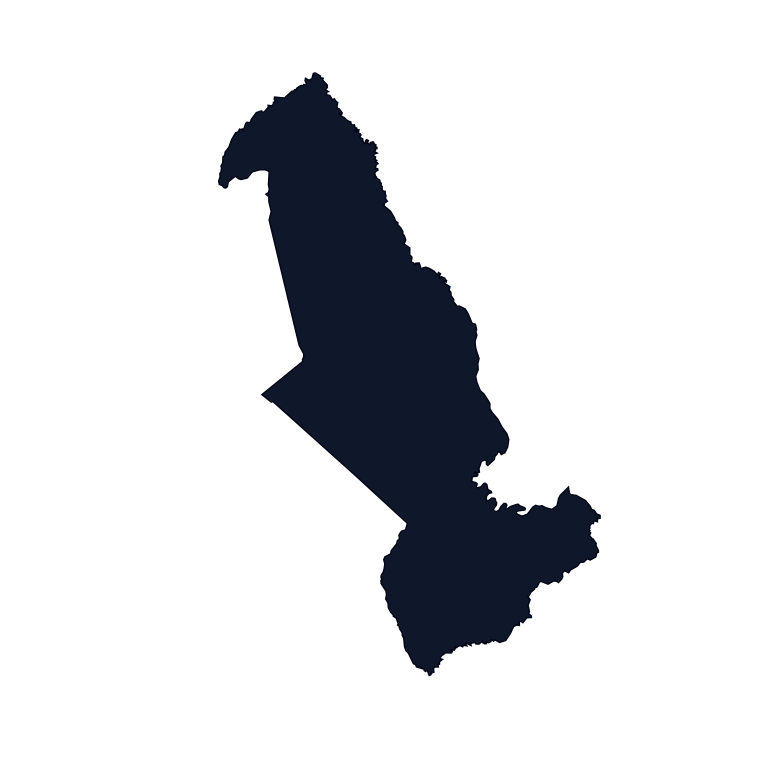 the district of Alto Araguaia, Mato Grosso, Brazil, rotated 309°
{"feature_id": "56859067B16833881564042", "entity_name": "Alto Araguaia", "entity_type": "district", "adm_level": 2, "iso_a3": "BRA", "parent_name": "Brazil", "parent_adm1": "Mato Grosso", "projection": "albers", "projection_center": [-53.413, -17.424], "detail": "fine", "context": "isolated", "style": "filled", "palette": "ink", "viewbox_px": 768, "rotation_deg": 309, "n_neighbors": 0, "source": "geoboundaries", "source_scale": "gbopen_adm2", "svg_char_len": 6172}
<svg xmlns="http://www.w3.org/2000/svg" viewBox="0 0 768 768"><g transform="rotate(309 384 384)"><path d="M415.7,636.4L417.9,634.6L416.8,630.9L418.0,627.1L417.2,624.0L418.7,621.4L420.2,614.0L418.4,603.6L415.6,598.9L415.6,597.0L419.9,592.3L408.4,591.0L405.0,591.7L398.3,595.1L392.3,593.5L389.6,587.7L388.9,583.5L386.6,581.6L385.1,578.2L381.8,577.1L373.0,577.4L368.2,574.5L366.8,570.2L366.8,568.5L367.8,567.3L369.2,567.6L374.8,572.7L376.0,572.4L376.3,571.0L374.7,565.7L375.1,564.3L374.3,563.2L368.4,559.4L364.0,558.2L363.3,557.0L367.2,555.7L367.7,554.0L366.7,552.4L362.6,552.0L357.8,552.8L355.7,551.7L354.6,549.8L355.5,547.8L360.7,547.4L362.9,546.0L363.1,544.5L364.7,542.8L364.5,541.2L363.0,539.5L359.6,538.8L357.9,537.3L359.2,535.4L361.9,534.1L365.0,534.4L367.2,536.0L367.9,534.9L367.4,530.9L370.6,527.2L370.5,524.9L369.4,524.2L364.8,524.0L361.9,521.8L362.3,520.3L365.1,519.2L365.1,517.3L363.4,513.5L367.5,510.9L370.9,514.3L372.5,514.1L371.9,510.4L373.3,510.3L373.7,512.8L375.5,513.6L378.0,511.0L385.3,508.4L388.8,510.4L388.8,511.8L386.1,514.3L386.1,515.9L394.7,517.2L397.6,515.7L400.8,516.0L402.8,515.4L404.1,516.6L403.0,519.5L406.7,521.2L412.9,519.7L419.3,515.9L422.6,510.9L425.0,502.1L428.2,494.8L430.0,485.5L431.5,481.7L435.2,478.8L436.4,476.2L439.1,468.0L439.4,462.9L443.8,455.0L447.7,450.3L454.5,448.1L458.8,444.1L463.5,441.9L468.9,433.6L472.1,430.0L474.5,427.9L480.4,425.4L482.5,422.4L484.6,421.7L487.9,417.4L486.7,414.6L487.1,413.3L491.5,405.3L493.4,399.8L492.1,393.7L490.4,392.1L491.7,386.1L493.5,385.1L494.9,380.5L497.4,378.2L497.9,375.3L501.0,374.1L500.3,366.9L501.6,366.2L502.4,368.2L503.8,367.5L503.6,366.2L504.5,364.6L503.4,360.9L501.2,360.6L502.0,359.4L505.2,358.5L504.9,356.2L502.9,357.0L501.6,356.3L502.6,355.5L503.1,352.0L502.7,348.4L501.5,348.0L502.5,347.0L501.1,343.0L498.7,341.2L497.2,341.7L497.0,340.3L500.0,335.5L498.7,335.2L497.9,334.1L499.1,334.0L497.7,332.6L496.2,332.7L496.7,331.1L496.0,328.3L500.2,325.9L500.6,322.7L505.9,318.4L505.4,311.4L509.6,310.3L512.0,306.5L512.6,303.8L514.2,302.9L515.8,299.0L516.4,294.3L518.0,293.4L517.9,290.1L519.7,287.5L522.4,280.2L522.4,271.8L525.1,270.6L528.1,271.6L529.0,268.4L531.6,267.0L532.3,265.5L534.4,263.7L533.5,261.9L533.8,260.2L536.2,258.4L536.6,256.6L538.2,255.5L538.4,253.9L539.8,252.3L539.2,248.9L540.1,247.8L539.0,246.7L540.9,245.7L541.9,244.0L544.9,243.9L546.1,244.8L547.3,243.6L546.1,241.6L549.6,239.9L551.4,240.6L551.8,239.3L550.9,237.3L553.1,237.7L553.0,235.5L555.1,234.6L554.8,232.0L556.3,231.6L559.1,233.3L558.6,230.2L560.3,230.3L561.0,229.0L562.5,230.4L563.5,229.4L563.0,227.6L564.7,227.3L564.4,225.8L565.4,223.2L563.1,221.4L561.2,221.9L560.9,220.5L561.3,219.1L563.3,218.7L563.0,216.8L561.7,216.6L558.9,218.2L558.8,216.9L559.7,214.4L561.1,213.1L560.3,209.7L563.0,209.4L563.5,208.1L562.7,206.3L565.7,204.6L564.5,203.1L565.7,201.7L565.1,200.2L566.7,197.8L565.5,196.9L565.3,194.8L566.7,193.4L565.6,189.6L566.0,185.9L565.0,180.0L566.0,179.0L566.9,181.5L568.4,180.8L569.6,176.2L569.0,174.3L570.0,172.8L573.7,170.8L573.3,169.3L574.4,165.9L572.4,165.3L574.1,160.4L572.5,157.3L575.1,155.8L576.2,156.6L575.7,153.4L578.7,153.3L579.8,152.6L580.7,151.5L581.4,146.0L581.9,144.7L583.3,144.3L581.9,141.7L583.3,140.9L582.7,135.9L582.3,134.6L580.8,133.7L575.8,135.9L572.8,134.4L572.2,130.6L570.0,131.8L568.6,134.7L566.5,134.9L566.4,133.3L564.9,133.4L563.9,131.8L562.1,131.0L559.1,130.1L557.6,130.5L556.3,129.3L554.5,129.5L553.6,128.2L543.6,126.7L538.1,118.4L535.9,119.8L535.8,121.7L533.2,120.9L531.7,122.0L529.6,121.7L527.6,118.6L526.5,119.9L520.0,119.7L518.9,118.8L519.1,116.9L514.5,114.0L505.7,114.4L504.0,115.5L502.2,114.7L501.2,112.9L499.5,112.6L492.8,115.0L493.0,113.3L491.7,112.9L491.2,111.4L488.1,112.0L485.8,110.6L478.4,111.7L470.2,114.5L464.3,114.6L461.4,116.3L459.2,115.9L454.5,119.5L450.8,120.2L449.6,121.9L445.8,124.1L444.5,123.9L442.0,126.1L437.6,127.9L435.5,130.4L436.4,133.3L436.0,136.3L436.7,137.6L438.8,138.1L443.1,135.7L451.9,137.7L452.2,142.4L453.0,144.2L458.1,148.1L466.0,148.1L472.3,152.6L475.9,157.0L476.7,160.2L476.3,161.5L466.0,168.9L463.2,172.3L460.0,173.7L457.2,172.8L457.1,176.6L453.1,180.0L447.1,187.8L439.2,191.5L360.7,293.7L356.9,302.7L354.4,304.6L351.5,305.4L350.6,306.7L298.9,295.8L299.0,307.8L300.5,308.5L295.0,417.8L290.5,489.8L284.2,492.6L280.6,490.3L278.6,490.3L275.8,490.8L274.4,492.6L272.1,493.8L271.0,492.9L267.5,494.5L259.1,494.5L256.2,496.1L250.3,493.5L247.4,494.3L244.7,497.9L240.7,500.3L237.1,501.9L233.9,502.2L232.0,503.2L230.9,505.1L229.2,505.4L227.1,507.5L224.4,515.8L221.8,518.6L218.0,520.6L216.4,524.9L212.8,528.3L210.9,533.0L210.4,536.5L209.4,537.4L209.8,540.8L206.8,545.7L205.2,546.4L205.3,548.0L203.5,550.6L202.0,554.9L200.4,556.1L198.8,559.4L192.8,565.3L190.6,568.9L190.3,572.1L185.2,582.9L185.8,584.9L184.7,587.3L187.6,594.6L186.7,595.5L186.7,597.1L188.7,597.8L186.0,602.6L187.6,603.4L189.2,602.8L191.4,604.1L194.4,601.2L196.4,601.9L198.3,604.3L199.8,602.6L201.2,603.4L203.0,601.9L206.7,602.7L206.1,601.5L206.5,600.2L208.2,599.6L213.9,601.0L217.4,605.6L219.1,605.5L219.3,602.8L221.4,606.1L223.3,605.8L224.4,604.7L224.8,606.3L227.4,606.8L228.6,608.0L229.3,610.5L231.0,610.1L232.6,613.0L233.0,611.5L234.2,610.6L235.6,616.2L236.9,614.5L240.3,617.1L239.8,618.9L241.7,621.5L246.3,622.4L245.1,623.7L245.4,625.6L246.6,626.9L247.6,625.6L248.9,628.2L251.1,629.1L252.9,628.3L253.2,631.0L254.9,631.1L256.0,636.5L261.3,640.0L269.6,639.2L277.0,637.3L280.0,638.7L281.6,641.1L284.4,638.7L285.6,639.3L285.9,642.1L292.3,642.1L295.3,645.5L296.4,644.5L296.6,640.7L298.5,640.4L302.7,635.2L308.3,633.3L309.4,629.5L310.8,630.0L314.8,629.2L319.2,630.1L320.1,629.3L322.8,630.6L327.8,629.4L329.4,630.1L331.7,637.4L337.6,639.7L339.3,642.2L339.5,644.6L344.7,644.8L346.6,644.2L349.5,641.5L352.5,641.9L353.5,646.3L356.9,646.0L364.2,648.8L369.0,648.7L371.3,651.3L376.1,651.9L377.0,655.0L382.8,657.4L386.6,655.7L388.3,656.4L389.5,655.4L391.9,650.3L393.6,649.2L395.1,644.2L393.8,643.7L394.9,642.9L395.4,639.1L398.3,638.3L398.2,636.0L399.5,636.4L400.0,635.0L401.7,634.7L403.0,633.1L404.7,633.1L406.4,633.2L407.3,634.5L409.9,633.2L411.3,636.5L413.5,634.7L415.7,636.4ZM564.5,203.1L562.3,203.5L562.0,202.0L563.6,201.8L564.5,203.1Z" fill="#0f172a" stroke="#020617" stroke-width="1.5"/></g></svg>